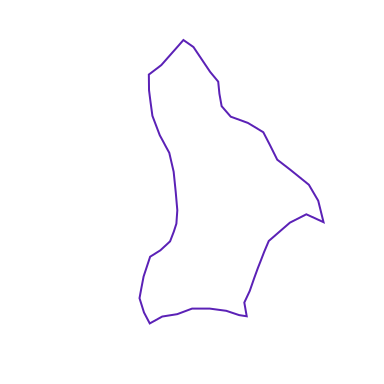 Mégri, Wadi Fira, Chad (Natural Earth projection), rotated 329°
{"feature_id": "50815135B12471481376218", "entity_name": "Mégri", "entity_type": "district", "adm_level": 2, "iso_a3": "TCD", "parent_name": "Chad", "parent_adm1": "Wadi Fira", "projection": "natural_earth1", "projection_center": [21.641, 15.331], "detail": "fine", "context": "isolated", "style": "outline", "palette": "violet", "viewbox_px": 384, "rotation_deg": 329, "n_neighbors": 0, "source": "geoboundaries", "source_scale": "gbopen_adm2", "svg_char_len": 883}
<svg xmlns="http://www.w3.org/2000/svg" viewBox="0 0 384 384"><g transform="rotate(329 192 192)"><path d="M174.9,326.7L179.9,313.7L190.6,306.5L200.9,297.9L209.3,291.1L215.3,286.5L223.0,280.5L232.6,273.5L249.8,270.5L260.1,268.7L261.6,268.8L278.5,270.0L289.2,285.6L295.7,264.5L295.9,246.0L287.8,223.8L281.7,208.2L283.0,191.8L283.9,177.5L275.5,161.6L264.0,147.4L262.6,139.4L261.6,133.7L266.1,121.9L271.3,110.9L269.4,98.3L267.9,68.5L262.9,57.3L262.3,57.5L249.8,61.5L247.5,62.2L231.1,67.4L217.6,68.9L215.5,69.1L207.6,82.6L203.1,92.8L197.3,106.3L193.6,126.8L193.3,133.8L193.0,139.4L192.7,146.7L186.7,165.2L178.0,183.7L170.0,200.1L162.3,211.1L156.0,216.6L147.8,223.0L134.8,225.7L122.8,225.9L107.0,239.5L98.3,249.2L92.3,256.0L88.8,270.5L88.1,282.9L102.3,283.4L116.4,289.1L132.1,292.0L147.3,301.2L160.2,311.5L169.0,321.8L174.9,326.7Z" fill="none" stroke="#5b21b6" stroke-width="2"/></g></svg>